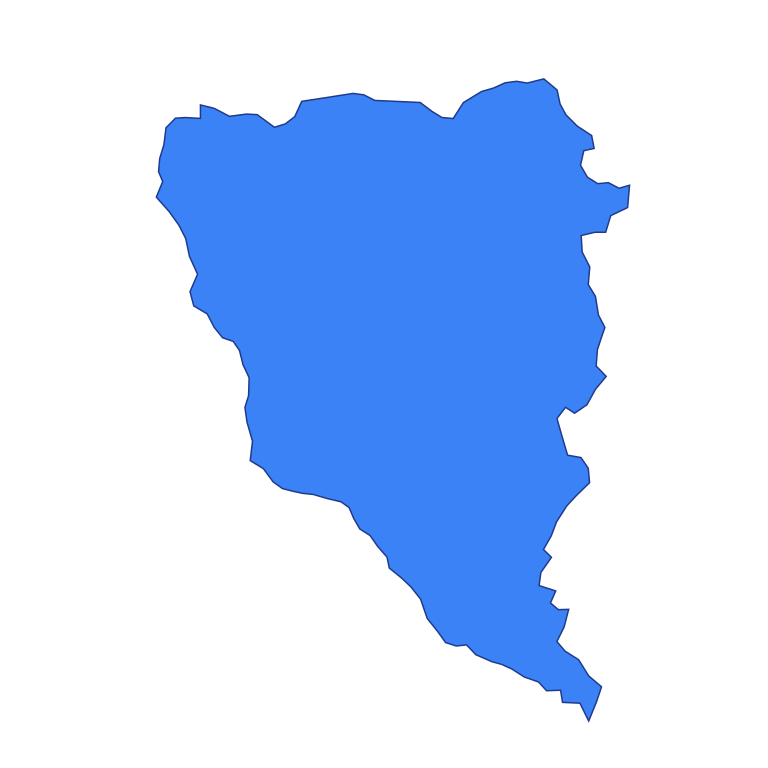 Guabiju, Rio Grande do Sul, Brazil (Natural Earth projection), rotated 5°
{"feature_id": "56859067B87020577713641", "entity_name": "Guabiju", "entity_type": "district", "adm_level": 2, "iso_a3": "BRA", "parent_name": "Brazil", "parent_adm1": "Rio Grande do Sul", "projection": "natural_earth1", "projection_center": [-51.652, -28.591], "detail": "fine", "context": "isolated", "style": "filled", "palette": "blue", "viewbox_px": 768, "rotation_deg": 5, "n_neighbors": 0, "source": "geoboundaries", "source_scale": "gbopen_adm2", "svg_char_len": 1873}
<svg xmlns="http://www.w3.org/2000/svg" viewBox="0 0 768 768"><g transform="rotate(5 384 384)"><path d="M611.3,164.6L601.1,168.5L590.0,163.9L579.4,165.8L568.6,160.2L560.7,149.0L562.7,134.2L572.8,131.0L569.2,118.4L554.1,110.3L541.7,99.9L535.0,89.7L530.8,76.0L516.6,66.1L500.5,71.7L489.6,70.9L478.4,73.4L467.2,79.7L455.7,84.1L438.6,96.7L429.8,113.5L418.6,113.5L408.3,108.4L395.5,100.4L350.1,102.3L338.7,97.7L328.0,97.2L277.4,109.6L271.8,125.4L263.0,133.5L252.5,137.8L234.2,126.7L223.4,127.1L206.7,130.8L190.9,124.2L176.8,122.0L178.0,135.4L162.6,135.9L153.1,137.4L144.5,147.8L143.9,164.6L140.9,179.0L140.9,192.1L145.9,201.6L140.9,217.7L154.8,230.8L166.0,243.9L173.8,256.4L179.1,273.9L188.7,290.9L182.7,308.9L187.7,322.8L201.8,329.6L210.0,342.5L219.2,352.0L230.1,354.7L237.1,363.2L241.9,377.1L249.1,389.5L250.1,407.5L247.5,419.4L250.8,433.8L258.0,452.5L257.4,472.0L271.2,478.8L282.1,491.2L291.9,497.0L302.1,498.7L312.4,500.0L323.2,500.2L337.7,503.1L351.5,505.1L360.0,510.2L365.6,520.6L372.6,530.6L383.4,536.2L391.9,546.4L402.1,556.2L405.3,566.9L418.2,575.6L428.4,583.7L439.2,595.1L447.5,613.8L458.7,625.5L467.9,636.2L478.8,638.7L489.0,636.7L499.1,645.7L515.9,651.3L525.4,653.0L536.0,656.7L549.4,663.7L563.9,667.4L572.7,675.4L586.6,673.7L589.6,685.6L607.0,684.9L617.3,701.9L623.5,681.7L627.1,666.7L613.3,656.9L602.0,641.8L587.6,634.3L578.7,625.5L584.6,610.4L587.6,592.4L577.3,593.6L568.9,587.6L573.1,575.2L556.1,571.3L556.7,558.1L565.9,542.1L557.3,535.0L563.9,520.6L567.9,506.3L576.7,489.5L585.4,478.3L597.4,464.4L594.8,450.1L586.6,440.1L573.1,438.9L565.9,420.6L559.3,403.3L566.9,391.4L576.4,396.5L588.0,387.0L595.2,370.7L604.7,357.1L593.8,347.6L593.6,331.3L596.2,320.1L599.1,308.4L591.6,296.5L587.0,278.3L578.8,267.1L578.8,249.5L569.9,235.2L567.5,218.9L580.8,214.5L591.6,213.5L595.2,196.5L611.3,187.0L611.3,164.6Z" fill="#3b82f6" stroke="#1e3a8a" stroke-width="1.5"/></g></svg>